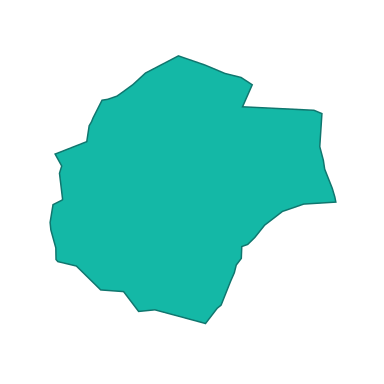 Obi, Benue, Nigeria, rotated 194°
{"feature_id": "59680162B75172896497028", "entity_name": "Obi", "entity_type": "district", "adm_level": 2, "iso_a3": "NGA", "parent_name": "Nigeria", "parent_adm1": "Benue", "projection": "albers", "projection_center": [8.31, 7.01], "detail": "fine", "context": "isolated", "style": "filled", "palette": "teal", "viewbox_px": 384, "rotation_deg": 194, "n_neighbors": 0, "source": "geoboundaries", "source_scale": "gbopen_adm2", "svg_char_len": 844}
<svg xmlns="http://www.w3.org/2000/svg" viewBox="0 0 384 384"><g transform="rotate(194 192 192)"><path d="M84.9,299.5L93.4,300.8L163.6,286.9L159.5,310.6L172.1,315.0L188.8,315.0L210.0,318.3L232.8,320.3L238.1,320.8L265.9,296.2L275.4,281.8L285.9,269.3L288.1,266.8L296.3,261.5L301.5,259.3L305.9,240.0L306.5,235.8L307.8,231.4L306.3,215.4L334.0,195.7L324.7,185.7L325.1,178.1L315.9,153.9L315.8,153.2L316.6,152.3L323.8,146.1L322.3,128.1L319.8,121.1L310.6,104.8L307.6,93.6L305.3,92.0L286.3,92.2L256.9,74.9L234.3,78.8L214.9,63.2L199.5,68.7L148.5,67.7L147.1,67.6L139.4,85.3L136.4,89.3L133.0,114.5L131.4,123.9L131.4,131.8L128.1,139.5L130.5,151.1L125.2,154.7L120.1,163.0L113.5,177.4L99.5,195.1L97.1,196.6L80.7,207.3L50.0,217.0L52.2,221.7L56.8,229.5L68.8,246.3L72.2,254.5L79.0,266.9L84.9,299.5Z" fill="#14b8a6" stroke="#0f766e" stroke-width="1.5"/></g></svg>